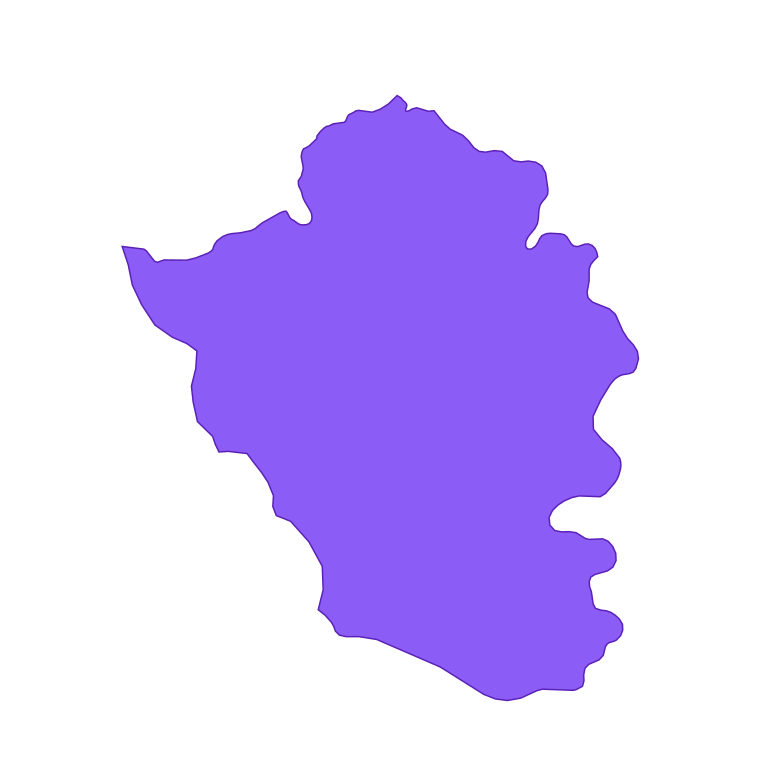 the Union Territory of Jammu and Kashmir, rotated 192°
{"feature_id": "IND-2431", "entity_name": "Jammu and Kashmir", "entity_type": "Union Territory", "adm_level": 1, "iso_a3": "IND", "parent_name": "India", "parent_adm1": "", "projection": "mercator", "projection_center": [75.016, 33.537], "detail": "fine", "context": "isolated", "style": "filled", "palette": "violet", "viewbox_px": 768, "rotation_deg": 192, "n_neighbors": 0, "source": "natural_earth", "source_scale": "10m", "svg_char_len": 3433}
<svg xmlns="http://www.w3.org/2000/svg" viewBox="0 0 768 768"><g transform="rotate(192 384 384)"><path d="M281.7,632.5L274.9,630.1L269.8,624.0L264.0,608.1L263.4,603.5L264.8,599.4L267.0,595.4L268.5,591.5L268.7,587.0L267.4,577.7L267.3,572.7L268.7,567.6L273.6,558.0L274.9,553.1L274.1,548.0L271.5,545.9L268.0,546.6L264.6,550.1L262.8,554.5L262.0,558.5L260.4,561.9L256.5,564.8L252.7,566.0L242.6,567.6L238.7,567.5L235.6,565.8L230.0,560.0L226.8,558.4L223.0,558.7L216.7,562.5L213.1,563.5L209.0,562.7L205.8,560.5L203.3,557.2L201.4,552.9L203.2,550.2L203.4,549.9L204.5,548.2L206.6,543.9L207.2,539.1L204.8,527.4L204.4,515.8L202.3,510.7L197.0,507.4L179.2,504.3L172.1,500.2L161.4,485.4L155.1,479.0L148.2,474.1L143.0,468.7L140.3,461.6L140.9,451.5L142.8,447.4L145.9,445.3L153.1,442.4L156.3,440.1L158.9,437.3L160.9,434.0L162.8,430.2L168.7,413.4L172.8,395.9L169.7,383.2L159.4,374.9L147.2,368.2L138.0,360.4L136.4,357.2L135.4,353.8L135.0,350.2L135.4,343.5L136.0,340.5L136.9,337.6L138.0,334.8L144.7,322.9L149.1,318.7L169.8,315.1L176.6,312.0L183.3,307.2L188.5,302.0L192.9,295.3L194.8,287.8L192.4,280.4L186.4,276.1L179.4,276.3L172.1,278.1L165.2,278.5L155.0,274.8L151.2,274.6L138.0,278.0L132.1,276.8L126.4,272.6L122.1,266.5L120.3,259.5L122.0,252.5L126.5,247.7L138.0,241.6L141.6,238.1L142.2,233.4L140.7,228.4L138.0,224.0L133.7,212.4L130.5,208.5L124.7,207.9L119.3,208.4L114.3,207.7L109.7,205.9L104.9,203.0L100.8,198.6L99.3,192.9L100.2,187.1L103.4,181.9L105.4,180.3L110.2,177.7L111.8,175.8L112.8,173.0L113.1,164.2L116.2,158.9L125.4,152.4L128.3,147.7L128.2,141.1L126.7,135.1L127.0,129.6L132.6,124.9L135.3,123.7L165.7,118.4L170.7,115.8L185.1,105.1L197.4,100.1L209.5,99.1L221.7,101.1L270.2,118.9L338.0,132.6L355.9,131.7L368.4,129.0L375.5,129.1L377.7,130.6L380.1,132.1L382.8,136.5L385.9,140.0L393.5,145.6L401.4,149.5L400.7,170.1L406.5,192.9L424.7,214.1L446.8,230.3L462.0,232.9L467.3,241.1L468.9,251.8L477.0,263.7L485.3,271.9L495.3,280.3L503.5,287.5L522.4,285.7L531.3,283.2L536.5,290.0L540.7,297.1L558.6,308.4L566.9,326.7L571.9,341.8L571.3,360.0L573.9,377.5L585.3,382.6L600.7,385.7L620.4,394.1L637.6,411.2L650.8,428.6L658.9,447.3L668.7,464.1L646.9,466.0L644.2,464.9L633.9,456.3L630.8,456.0L625.0,459.6L602.8,464.1L594.5,468.1L583.2,475.5L580.6,478.1L579.4,480.3L579.3,482.7L578.7,485.7L576.9,489.6L572.2,494.9L568.1,497.7L564.0,499.5L556.0,502.0L546.0,506.4L542.3,509.2L541.1,510.9L536.5,516.4L521.3,529.8L517.9,532.0L515.8,532.7L514.3,531.5L511.2,527.7L509.7,526.4L508.0,525.7L506.2,525.2L501.6,523.1L499.5,522.6L497.1,522.6L493.3,523.6L491.0,525.0L489.5,526.9L488.9,529.5L489.2,532.6L490.5,535.9L492.9,539.0L499.5,546.1L501.6,548.9L502.9,551.1L503.8,553.1L504.9,555.2L508.1,559.3L509.2,561.4L509.8,563.9L510.0,565.3L508.1,569.7L507.7,577.3L508.4,580.0L512.2,588.9L512.4,591.4L512.4,593.8L511.8,596.8L511.4,597.5L509.9,598.4L506.6,601.5L500.9,609.8L501.1,612.8L498.8,617.6L497.3,619.8L495.7,622.1L493.7,624.1L491.7,624.8L487.8,627.9L477.3,631.7L476.1,633.6L475.3,637.9L474.7,639.6L473.5,640.8L470.1,643.4L468.7,645.0L465.7,646.4L452.1,647.4L444.7,652.1L437.9,658.8L431.1,668.9L426.9,667.4L425.6,666.3L423.8,665.0L421.3,663.6L420.0,662.2L419.5,660.9L419.9,657.0L419.5,655.5L418.5,655.4L415.8,656.8L414.1,658.6L409.5,661.0L397.4,660.0L391.9,661.7L378.8,650.8L372.2,647.0L358.8,643.7L352.3,639.7L345.1,633.7L339.1,631.3L332.8,631.9L324.7,635.2L316.7,636.1L303.5,629.3L296.0,629.8L289.2,632.1L281.7,632.5Z" fill="#8b5cf6" stroke="#5b21b6" stroke-width="1.5"/></g></svg>